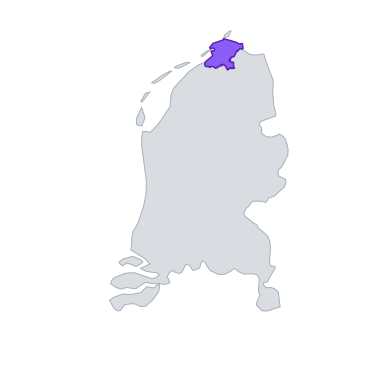 Het Hogeland, Groningen, Netherlands shown in context, rotated 340°
{"feature_id": "6326949B63985747686653", "entity_name": "Het Hogeland", "entity_type": "district", "adm_level": 2, "iso_a3": "NLD", "parent_name": "Netherlands", "parent_adm1": "Groningen", "projection": "orthographic", "projection_center": [6.588, 53.413], "detail": "fine", "context": "in_parent", "style": "filled", "palette": "violet", "viewbox_px": 384, "rotation_deg": 340, "n_neighbors": 0, "source": "geoboundaries", "source_scale": "gbopen_adm2", "svg_char_len": 6054}
<svg xmlns="http://www.w3.org/2000/svg" viewBox="0 0 384 384"><g transform="rotate(340 192 192)"><path d="M235.5,330.1L229.3,329.8L223.5,329.6L220.5,329.1L217.2,327.6L215.8,324.5L214.0,320.9L214.5,318.7L220.0,312.5L220.8,310.8L220.3,309.8L220.9,307.1L225.1,297.7L225.7,294.0L223.9,291.3L221.2,289.7L212.6,286.8L208.5,282.8L206.7,279.4L204.8,278.4L201.9,279.5L194.8,280.6L189.0,278.7L182.2,272.1L180.8,266.2L180.0,261.8L178.4,260.2L176.0,262.4L173.0,266.0L167.3,266.3L165.6,265.4L165.4,263.4L165.1,261.5L163.6,259.0L161.9,257.7L154.5,264.2L151.8,264.1L148.4,261.4L146.8,258.8L143.0,260.2L139.6,263.2L140.5,269.0L138.7,270.0L134.5,269.3L129.9,266.8L124.7,265.2L117.0,260.9L105.8,263.7L98.2,259.5L91.9,258.9L88.0,255.6L84.0,250.2L87.2,246.9L90.1,245.8L101.8,245.6L110.2,248.0L125.1,260.0L128.9,260.0L133.1,258.7L131.1,255.5L127.3,253.9L121.7,250.7L117.4,246.2L128.0,245.2L126.6,242.9L125.4,239.1L114.7,225.5L116.7,222.0L119.8,214.4L123.5,208.2L126.3,206.5L131.0,202.2L141.3,189.3L147.9,178.6L152.9,166.0L160.6,130.9L162.8,124.9L166.2,118.4L170.2,119.7L173.0,121.7L183.2,116.9L200.6,104.2L205.8,93.0L210.9,87.8L230.6,77.8L241.5,74.8L258.1,74.1L270.2,72.3L284.7,71.6L290.2,77.9L293.4,82.5L298.6,85.1L306.6,86.8L306.2,95.9L306.4,114.0L305.8,117.2L302.3,124.8L298.5,138.5L297.5,147.5L296.4,149.2L281.0,149.2L278.8,150.8L278.4,152.7L279.2,155.0L278.9,157.3L277.6,159.2L278.3,162.2L281.0,165.6L285.9,167.7L291.2,167.8L293.9,167.4L295.9,169.8L297.8,173.6L297.7,178.2L297.0,184.5L294.5,190.4L287.3,197.1L284.1,199.5L281.1,200.7L279.7,202.5L279.0,204.7L279.1,206.7L284.3,212.1L284.2,213.3L282.7,216.1L280.7,218.7L267.4,224.2L261.9,223.8L258.8,226.5L257.8,227.0L254.3,224.5L246.6,221.6L243.6,222.5L242.0,224.1L237.1,226.0L233.6,229.0L233.5,232.9L239.7,242.9L241.8,244.9L241.9,248.6L244.9,253.3L248.0,259.2L248.3,263.0L247.9,266.8L246.3,272.1L240.8,284.6L240.7,287.0L241.1,288.9L243.0,289.4L244.4,290.4L244.0,292.0L233.7,300.7L232.4,302.2L228.1,301.7L227.4,303.2L228.0,305.5L229.6,307.6L233.3,308.7L236.4,310.9L238.9,315.3L235.5,330.1ZM129.9,266.8L128.9,270.4L126.5,274.3L118.3,279.8L109.9,283.3L105.6,282.6L102.7,280.5L101.2,278.4L96.9,276.2L90.8,275.0L86.9,277.0L84.1,278.9L81.8,278.5L80.1,276.7L78.8,274.0L77.4,265.6L82.0,264.3L91.8,264.1L99.3,267.3L109.3,269.1L117.1,265.4L123.0,269.0L129.9,266.8ZM114.5,232.3L120.2,237.8L121.4,239.5L121.7,241.3L114.3,243.1L106.6,236.4L101.4,237.7L99.6,234.6L99.6,232.7L105.1,231.3L114.5,232.3ZM173.3,106.1L167.4,112.8L164.0,110.8L163.0,109.2L164.9,103.9L173.6,95.3L173.3,106.1ZM199.2,76.3L193.9,77.0L191.5,75.6L204.4,72.0L212.6,71.0L214.0,71.5L199.2,76.3ZM233.9,69.8L222.6,71.2L218.8,70.0L218.2,68.9L221.2,68.2L230.9,68.2L233.8,69.2L233.9,69.8ZM186.6,83.6L175.8,90.4L175.0,89.3L181.9,83.3L186.6,83.6ZM280.0,58.1L274.7,58.4L276.2,55.8L281.1,53.9L283.7,53.9L280.0,58.1ZM257.0,64.9L249.0,68.2L247.1,67.5L247.5,66.5L254.6,64.5L257.0,64.9Z" fill="#d9dde1" stroke="#a8b0b8" stroke-width="1"/><path d="M275.4,84.4L275.2,84.3L274.8,84.4L274.7,84.5L274.4,83.8L274.0,83.8L273.9,83.8L273.4,83.8L273.0,83.0L273.1,82.9L272.9,82.5L272.9,82.3L272.6,82.3L272.4,82.4L272.2,81.8L271.9,81.8L271.9,81.7L272.0,81.7L272.3,81.7L272.6,81.6L272.5,81.3L272.4,81.3L272.0,80.7L272.4,80.4L272.5,80.4L272.6,80.5L273.1,80.5L273.3,80.5L273.4,80.4L273.5,80.4L273.8,80.3L273.8,80.2L273.8,79.9L273.8,79.6L273.7,79.5L273.8,79.4L274.0,79.2L274.3,79.2L274.3,79.4L274.3,79.2L274.6,79.2L274.7,78.9L274.8,78.8L275.0,79.0L275.3,79.0L275.4,78.9L275.5,78.9L275.8,78.8L276.0,78.8L276.3,79.0L276.6,78.9L276.8,78.8L277.0,78.9L277.3,78.9L277.5,78.9L277.8,79.1L278.1,78.9L278.3,78.7L278.5,78.6L278.6,78.4L278.8,78.2L279.4,77.7L279.7,77.4L279.9,77.2L280.8,76.1L281.1,75.8L281.3,75.7L281.5,75.6L281.8,75.5L281.9,75.4L282.0,75.3L282.0,75.2L282.5,74.6L282.8,74.7L282.8,74.8L283.0,74.8L283.3,75.2L286.2,73.4L286.3,73.5L286.5,73.7L286.5,73.8L287.0,74.2L287.3,74.5L287.7,74.7L287.8,74.7L287.9,74.8L288.0,74.8L288.9,74.8L290.1,69.9L289.9,69.7L288.9,69.3L288.0,69.4L287.0,69.0L285.6,67.3L284.9,66.6L283.2,65.3L280.8,63.5L278.4,61.8L276.0,60.1L274.9,59.2L274.4,58.6L273.0,59.8L262.5,59.6L258.1,62.2L258.1,63.9L259.0,63.7L259.8,63.9L260.1,63.9L260.5,63.9L260.8,63.9L261.1,64.0L261.5,64.3L261.8,64.7L261.9,65.4L261.9,66.0L261.7,66.2L261.4,66.5L261.0,66.6L259.9,66.4L259.8,66.5L258.9,66.3L258.1,66.3L258.0,71.1L249.0,74.3L247.5,76.4L247.5,76.5L247.5,77.0L247.6,77.5L247.6,77.8L247.6,78.0L247.8,78.4L247.9,78.6L248.0,78.7L248.1,78.9L248.2,79.0L248.7,79.2L249.1,79.3L250.2,79.6L250.3,79.6L250.7,79.8L250.8,79.9L250.8,80.1L250.9,80.5L251.1,80.9L251.2,81.0L251.3,81.1L251.5,81.1L251.7,80.9L251.9,80.7L252.1,80.6L252.3,80.5L252.6,80.6L253.0,80.7L253.4,80.8L253.5,80.8L253.9,81.1L254.1,81.1L254.3,81.2L254.8,81.7L255.1,81.9L255.4,82.0L255.5,82.2L255.7,82.3L255.8,82.4L255.8,82.5L256.0,82.8L256.0,83.2L256.0,83.3L256.1,83.5L256.4,83.7L256.6,83.7L256.9,83.7L257.0,83.7L257.4,83.4L257.5,83.4L257.9,83.5L258.0,83.6L258.1,83.8L258.3,83.9L258.5,83.7L258.7,83.3L258.8,83.2L259.0,83.1L259.3,83.2L259.5,83.3L260.2,83.3L260.7,83.4L260.9,83.4L261.1,83.3L261.3,83.2L261.5,82.7L261.8,82.5L262.0,82.6L262.3,82.6L262.5,82.5L262.9,83.0L263.0,83.3L263.0,83.5L263.3,83.5L263.5,83.3L263.5,83.2L263.5,82.9L263.5,82.7L263.8,82.4L264.0,82.4L264.2,82.5L264.3,82.6L264.4,82.8L264.3,83.0L264.5,83.2L264.8,83.2L265.0,83.2L265.0,82.9L265.4,83.0L265.5,83.2L265.6,83.3L265.5,83.5L265.7,83.8L265.9,84.2L266.4,85.0L266.6,85.4L266.8,85.6L266.8,85.8L266.7,86.0L266.7,86.3L266.8,86.4L266.8,86.6L266.7,86.7L266.7,86.8L266.6,87.1L266.7,87.5L266.8,87.7L266.9,88.0L266.9,88.3L266.9,88.5L267.0,89.3L267.6,89.2L267.6,89.3L267.8,89.3L268.0,89.3L268.1,89.2L268.3,89.2L268.5,89.1L268.8,89.0L268.7,88.8L268.8,88.8L268.7,88.7L268.9,88.7L269.2,88.7L269.4,88.6L269.5,88.7L269.5,88.8L269.9,88.8L270.0,88.8L270.4,88.7L270.4,88.9L270.7,88.9L271.2,88.9L271.4,88.9L271.5,88.9L271.6,89.0L271.5,89.5L272.6,89.7L272.6,89.8L273.3,89.9L273.4,90.1L274.3,89.9L274.3,89.7L274.3,89.4L274.2,89.1L274.1,88.9L273.9,88.6L274.9,85.7L275.0,85.4L275.0,85.2L275.2,84.8L275.3,84.7L275.4,84.4L275.4,84.4Z" fill="#8b5cf6" stroke="#5b21b6" stroke-width="1.5"/></g></svg>